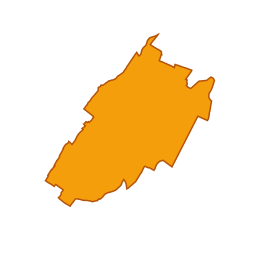 Tatarasti, Bacau, Romania, rotated 232°
{"feature_id": "2599482B37830949265025", "entity_name": "Tatarasti", "entity_type": "district", "adm_level": 2, "iso_a3": "ROU", "parent_name": "Romania", "parent_adm1": "Bacau", "projection": "robinson", "projection_center": [27.206, 46.232], "detail": "fine", "context": "isolated", "style": "filled", "palette": "amber", "viewbox_px": 256, "rotation_deg": 232, "n_neighbors": 0, "source": "geoboundaries", "source_scale": "gbopen_adm2", "svg_char_len": 5765}
<svg xmlns="http://www.w3.org/2000/svg" viewBox="0 0 256 256"><g transform="rotate(232 128 128)"><path d="M117.1,219.3L121.2,212.7L120.5,202.0L120.6,201.7L122.6,200.6L123.8,200.3L124.9,200.1L125.5,200.1L125.5,200.5L125.8,201.2L126.0,201.6L126.7,202.1L128.6,202.9L128.9,203.3L129.4,204.2L130.8,203.4L131.6,205.8L132.4,208.6L132.8,209.9L133.4,212.1L133.7,213.0L134.2,213.8L135.0,213.4L135.8,212.8L136.6,212.4L137.9,211.5L138.8,211.0L139.8,210.4L140.6,209.8L142.5,208.5L143.3,208.0L144.2,207.4L145.4,206.7L146.5,206.0L147.8,205.1L147.9,204.9L149.1,204.2L148.8,203.8L147.1,201.7L148.5,201.1L150.6,200.2L156.2,197.1L159.5,195.5L159.6,195.1L160.4,194.8L161.8,194.0L162.1,194.5L163.6,196.8L164.4,198.0L165.5,199.6L165.6,199.8L165.3,199.9L165.8,200.2L167.2,200.8L167.5,201.0L167.8,201.4L170.3,200.5L173.7,199.1L176.9,197.9L180.1,196.9L180.2,197.4L180.4,198.2L180.6,198.7L180.6,199.2L180.9,200.1L181.3,201.7L181.6,203.0L181.7,203.6L182.0,204.4L182.0,205.0L182.3,205.8L182.4,206.6L182.4,206.9L182.7,207.5L182.8,207.8L182.8,208.4L183.0,209.0L183.2,209.4L183.3,208.8L183.2,208.1L183.4,207.5L183.8,205.8L184.1,204.9L184.4,204.2L184.6,203.5L185.2,202.2L185.7,200.5L185.0,197.3L184.8,197.0L184.7,196.8L183.9,195.8L183.3,195.0L182.6,193.8L182.4,193.4L182.2,192.8L182.1,192.2L181.9,190.7L181.9,190.1L181.8,189.2L181.7,188.8L181.2,187.6L181.0,187.1L180.7,186.7L179.4,185.0L178.5,183.8L178.3,183.5L178.2,183.3L178.1,182.8L178.1,181.9L178.0,181.0L180.5,181.2L181.3,181.3L182.2,181.4L182.1,181.1L182.0,180.7L181.8,179.9L181.4,178.4L181.0,177.2L180.7,176.4L180.5,175.7L180.0,174.1L179.8,173.5L179.5,172.6L179.2,171.6L179.1,171.3L178.5,169.7L178.1,168.4L177.9,167.9L177.6,166.9L177.3,165.9L176.9,164.6L176.7,164.1L176.3,163.5L176.1,162.5L175.9,162.1L175.7,161.7L175.7,161.2L175.5,160.4L175.4,160.2L175.2,159.7L174.8,158.5L174.8,157.2L174.8,155.6L174.9,154.8L174.9,154.1L175.0,152.9L175.1,152.6L175.1,152.3L175.2,152.0L175.1,151.4L175.0,151.2L174.9,150.8L174.8,150.4L174.6,149.6L174.5,149.4L174.4,148.8L174.6,148.1L174.6,147.7L174.7,147.2L174.9,146.8L175.0,146.3L175.2,145.5L175.8,144.6L176.0,144.1L176.4,142.8L176.5,142.5L176.6,142.2L176.9,141.9L177.0,141.7L176.9,141.1L176.9,139.9L177.0,139.3L177.1,138.7L177.0,137.4L177.0,136.9L177.1,135.9L177.1,135.0L177.2,134.6L177.4,134.0L177.5,133.8L177.7,133.6L178.2,133.5L178.3,133.4L178.4,133.1L178.3,132.9L178.3,132.7L178.1,132.5L177.8,131.8L177.7,131.4L177.8,131.1L177.8,130.8L178.1,130.2L178.2,129.7L178.1,129.4L177.9,129.2L177.4,128.8L176.0,127.7L175.8,127.4L175.7,127.0L174.8,122.6L174.6,121.7L174.1,119.1L174.0,118.2L173.9,117.6L173.2,116.0L173.0,115.1L172.6,114.3L172.6,113.9L172.6,113.3L172.6,113.1L172.7,112.9L172.7,112.7L172.3,111.6L171.8,110.9L171.6,110.5L171.1,108.0L171.0,107.6L170.8,107.3L170.6,106.8L170.4,105.7L170.2,105.0L158.4,107.9L158.3,107.5L158.1,107.2L157.6,107.3L157.5,107.0L157.2,105.7L156.7,104.6L156.6,103.8L156.5,102.9L156.4,100.9L157.4,100.8L157.5,100.6L157.4,100.0L157.3,99.5L157.4,99.1L158.8,98.8L158.7,98.3L158.6,98.1L158.5,97.9L158.6,97.4L158.4,97.2L158.4,96.8L158.3,96.4L158.1,96.1L158.0,95.8L158.2,95.5L157.3,95.5L155.9,95.6L155.8,93.7L155.9,91.6L155.7,91.7L154.5,91.8L154.3,89.7L154.1,87.7L153.7,85.5L153.8,85.0L153.5,84.8L153.4,84.5L153.2,83.9L153.0,83.2L152.1,81.3L151.6,80.4L150.7,78.3L150.5,77.7L149.8,75.0L149.5,73.8L153.9,73.1L153.7,72.8L153.2,71.9L153.1,71.3L153.0,71.2L153.0,70.5L153.4,69.6L153.4,69.2L153.2,68.0L153.0,67.3L152.7,66.4L151.8,64.2L151.4,64.2L151.1,63.6L149.7,60.3L149.1,58.8L148.9,58.3L148.4,57.2L148.1,56.8L147.3,55.9L147.1,55.5L146.7,54.5L146.1,51.9L145.7,51.0L145.6,50.7L144.0,47.0L143.3,47.2L142.9,46.2L143.2,46.1L143.0,45.2L142.1,42.6L142.4,42.5L142.4,42.2L142.0,41.1L141.8,40.4L141.7,40.0L140.0,35.6L139.3,35.8L139.1,35.2L138.5,33.9L138.0,32.6L137.3,30.5L134.1,31.5L132.6,32.1L132.0,32.3L131.8,32.5L130.9,32.8L127.4,33.9L127.5,34.2L127.7,34.8L127.9,35.8L128.0,36.3L119.2,38.8L118.8,38.4L118.7,38.0L118.4,36.2L118.3,35.8L118.2,35.6L117.6,35.1L117.3,34.8L116.8,34.2L116.4,33.3L116.0,32.3L116.0,31.9L116.0,31.1L115.9,30.2L114.4,30.4L110.9,31.2L108.3,31.8L102.0,34.3L102.6,35.8L103.9,41.0L104.4,42.2L104.4,42.6L104.3,43.0L104.1,43.5L103.8,43.9L103.3,44.4L102.6,45.0L102.0,45.7L100.0,47.2L99.6,47.5L99.0,47.8L98.7,48.1L98.2,48.7L97.3,49.6L96.9,50.3L96.3,50.9L95.9,51.4L95.4,51.8L94.4,52.7L93.8,53.1L93.3,53.7L92.3,54.2L91.9,54.5L91.6,55.0L91.2,56.0L90.8,57.0L90.5,57.6L89.7,59.1L89.8,59.3L89.8,59.7L89.9,60.2L90.1,60.3L90.1,60.8L89.8,60.7L89.7,61.5L89.4,62.1L89.1,62.3L89.2,64.8L89.3,65.7L89.8,67.6L89.9,68.6L90.0,69.1L90.0,69.4L89.8,70.7L89.3,72.5L89.2,72.9L89.0,73.4L88.5,74.1L88.4,74.5L88.2,75.1L88.1,75.5L87.4,77.0L87.3,77.5L87.2,78.0L87.1,78.3L86.8,79.4L86.6,80.5L86.7,81.8L86.9,83.4L87.0,85.5L87.3,87.2L87.4,87.7L88.0,88.7L88.4,89.2L88.6,89.5L89.0,90.3L90.0,93.0L89.2,93.0L87.6,92.8L85.4,92.2L84.6,91.9L83.6,91.3L83.1,91.0L82.9,90.8L82.6,90.6L82.2,90.5L81.9,90.4L81.3,90.0L80.8,89.6L80.6,90.7L80.5,91.8L80.7,93.5L80.8,97.1L81.0,99.1L81.0,100.3L81.0,100.8L81.2,101.6L81.7,102.6L81.8,103.1L82.5,104.8L82.7,105.5L83.9,108.5L84.0,108.8L84.0,109.1L84.2,109.6L84.3,109.8L84.4,110.2L84.8,111.6L85.3,112.5L85.9,113.6L86.8,115.5L87.2,116.1L87.3,116.5L87.4,117.2L87.4,117.8L85.0,119.0L84.6,119.2L84.1,119.7L83.5,120.3L83.2,120.5L82.0,121.0L78.7,122.4L78.8,122.6L79.0,123.3L79.2,123.8L79.4,124.1L79.7,125.0L80.2,125.4L80.3,125.5L80.7,126.3L81.0,126.6L81.1,127.1L81.5,128.0L81.9,129.2L82.1,130.1L82.2,131.5L82.2,132.2L82.3,132.6L82.1,132.9L81.9,133.2L81.1,135.7L70.3,138.7L94.3,190.3L85.0,195.2L85.5,196.3L85.8,197.1L87.8,199.4L90.0,201.6L91.3,203.3L94.7,207.0L97.9,210.5L99.0,210.3L100.2,210.2L101.3,210.3L102.4,210.7L103.1,211.1L104.8,212.6L105.5,213.8L106.4,216.0L107.9,219.2L112.2,225.3L114.6,225.8L117.1,224.7L117.1,219.3Z" fill="#f59e0b" stroke="#b45309" stroke-width="1.5"/></g></svg>